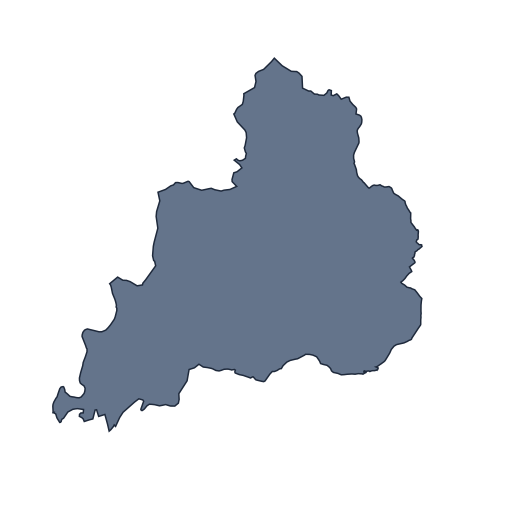 Ususau, Arad, Romania, rotated 280°
{"feature_id": "2599482B12627943031914", "entity_name": "Ususau", "entity_type": "district", "adm_level": 2, "iso_a3": "ROU", "parent_name": "Romania", "parent_adm1": "Arad", "projection": "natural_earth1", "projection_center": [21.862, 46.022], "detail": "fine", "context": "isolated", "style": "filled", "palette": "slate", "viewbox_px": 512, "rotation_deg": 280, "n_neighbors": 0, "source": "geoboundaries", "source_scale": "gbopen_adm2", "svg_char_len": 6039}
<svg xmlns="http://www.w3.org/2000/svg" viewBox="0 0 512 512"><g transform="rotate(280 256 256)"><path d="M334.2,393.7L335.5,393.3L336.0,392.9L337.0,390.7L337.6,389.5L339.9,385.6L340.8,382.8L341.6,381.0L341.9,380.6L344.9,378.6L345.7,378.2L346.3,377.7L346.7,377.1L347.5,374.9L346.7,372.6L346.2,370.7L346.4,369.8L346.6,369.3L346.9,367.6L347.7,365.8L346.7,363.7L346.3,361.8L346.4,360.3L346.3,359.9L345.8,358.9L344.8,357.8L342.7,356.0L342.5,355.5L342.9,354.6L347.0,349.6L347.1,349.0L347.6,348.6L349.4,346.6L349.9,345.4L350.7,344.1L351.7,342.9L352.8,342.0L355.9,340.6L358.6,339.8L363.5,337.0L364.0,336.5L364.4,336.4L365.6,336.7L366.1,336.6L369.1,335.2L372.3,334.6L375.0,334.9L385.2,337.7L386.5,337.6L390.2,336.7L394.1,334.8L395.7,334.2L397.0,333.9L398.3,334.1L399.8,334.7L401.4,335.6L404.4,336.8L405.7,336.9L407.1,336.8L408.7,336.6L410.7,335.8L411.9,335.0L412.7,333.4L413.1,330.8L413.1,330.3L413.2,329.8L417.5,329.6L418.3,329.5L419.2,328.9L419.9,328.2L422.0,325.0L424.8,321.7L428.5,319.9L428.1,317.3L425.2,312.7L428.3,309.5L429.7,307.4L427.3,304.2L427.6,302.1L432.0,301.5L432.4,299.1L431.5,298.2L428.8,297.4L426.0,295.0L425.5,289.9L426.0,288.5L425.6,285.4L428.0,281.3L427.6,279.2L429.4,272.7L440.9,270.1L443.6,266.6L444.7,264.1L444.0,258.7L447.9,248.7L454.0,239.7L450.1,237.5L441.1,231.1L438.2,226.4L435.8,224.2L433.7,223.7L427.8,225.7L421.6,225.3L413.7,215.8L412.2,216.2L406.0,216.6L402.9,216.2L399.1,212.4L397.0,211.4L392.9,210.3L392.0,209.5L384.8,214.3L378.1,223.2L375.8,224.9L370.8,226.2L363.0,226.1L360.4,225.7L356.7,227.5L355.3,228.7L352.6,228.5L350.3,228.6L347.9,226.0L346.9,223.4L347.2,221.7L348.3,219.8L346.6,217.9L343.2,224.0L340.3,226.8L335.6,222.6L334.1,219.7L327.2,219.1L325.1,219.6L321.2,224.9L317.0,218.8L315.3,213.1L313.9,210.4L314.1,203.9L314.9,200.2L314.3,198.5L311.3,191.1L312.5,182.8L317.6,177.3L317.8,176.1L314.8,171.4L314.6,170.2L314.8,166.3L314.3,164.0L311.7,162.4L310.3,159.9L305.8,155.3L301.8,148.4L293.6,151.7L282.5,150.4L277.6,150.8L266.3,154.5L251.9,153.3L247.8,153.2L238.3,154.1L233.8,156.0L233.2,157.1L228.9,158.9L213.5,151.5L209.6,149.3L207.8,149.2L206.0,144.1L208.9,136.5L209.5,132.7L209.0,129.1L211.2,123.4L203.3,116.7L202.2,117.8L200.3,118.8L194.2,121.2L188.8,124.6L186.0,126.0L183.3,127.1L181.5,127.1L180.4,128.0L178.1,128.4L171.5,127.9L169.0,127.4L163.0,124.7L159.5,122.7L156.9,120.9L154.6,117.3L154.1,114.6L154.5,108.9L154.7,105.5L154.9,102.7L154.3,101.5L153.2,100.0L150.8,98.8L148.1,98.5L146.5,98.7L138.0,103.9L136.0,104.9L135.2,105.7L132.4,106.2L127.4,105.5L121.1,104.3L117.9,104.4L110.9,103.6L105.2,103.3L102.8,103.8L100.5,104.9L99.5,106.4L98.2,109.2L96.0,110.7L93.2,110.9L90.8,110.6L86.8,108.3L85.6,106.4L85.4,104.2L85.4,103.2L85.5,101.2L85.4,99.2L85.5,97.1L87.3,94.4L88.9,91.6L91.3,90.8L93.6,89.4L93.9,88.7L93.1,86.8L91.2,85.8L85.5,84.9L82.9,84.6L81.1,83.7L77.1,82.3L74.7,81.9L72.8,82.0L67.5,83.2L66.4,83.2L66.4,84.0L66.8,84.1L66.9,84.3L66.4,84.2L65.7,86.2L62.7,87.7L61.6,88.4L59.5,90.3L58.0,91.6L58.3,92.4L59.3,92.9L60.5,92.9L61.8,93.4L62.7,94.6L69.7,97.8L73.2,102.2L74.1,104.7L74.7,106.8L74.9,112.8L71.5,113.1L71.0,110.8L69.5,109.7L67.4,109.9L66.6,112.5L65.6,114.1L63.2,115.6L65.7,120.3L67.2,123.6L76.4,124.3L76.9,125.7L70.7,128.9L73.7,134.7L64.6,139.0L58.0,141.8L59.6,143.1L63.5,145.3L65.0,145.7L63.8,147.3L73.3,149.8L79.0,152.2L91.1,161.8L95.0,165.4L94.6,169.5L93.5,170.6L85.0,169.2L84.0,169.9L84.1,170.9L85.9,172.6L89.5,174.6L91.5,176.7L91.8,179.1L92.0,182.0L91.7,187.0L92.6,189.4L94.0,192.8L93.4,197.7L94.1,202.1L97.6,205.1L101.4,205.2L107.0,203.9L121.1,209.8L132.6,209.8L135.2,214.8L139.5,218.6L137.5,223.3L137.7,227.6L137.6,231.5L137.3,233.2L136.3,236.4L136.4,239.6L137.4,241.7L138.9,244.2L139.6,247.1L139.8,248.5L139.7,250.0L139.7,250.9L139.5,251.7L140.5,254.4L140.0,255.5L139.0,255.3L138.1,255.3L137.2,255.8L136.6,258.6L136.3,260.2L136.2,264.3L136.0,265.3L135.3,269.7L134.9,271.8L136.5,273.8L136.4,274.4L134.1,277.2L133.9,278.6L133.6,283.5L133.6,285.4L134.5,286.6L142.0,290.1L145.1,292.1L145.4,294.1L146.9,296.6L149.0,298.9L149.5,300.5L152.7,301.7L156.9,304.8L159.1,307.8L161.2,312.6L162.0,314.8L166.9,321.1L167.8,321.9L168.4,325.8L168.3,329.2L167.3,333.2L165.7,334.8L163.5,336.9L161.3,338.3L160.9,341.2L160.7,344.9L159.5,347.1L158.1,349.0L156.0,350.3L154.8,352.4L154.6,357.1L153.8,360.6L154.5,363.5L155.4,366.4L156.5,371.0L156.8,374.1L157.9,377.1L158.4,381.5L158.2,381.8L158.5,382.3L159.2,382.9L160.4,384.6L160.7,384.6L160.8,384.4L160.9,383.5L160.1,382.6L160.7,382.3L161.3,382.3L161.7,382.6L161.7,383.0L161.4,384.2L161.5,384.5L162.3,386.5L162.3,387.4L162.0,387.9L162.0,388.2L162.7,389.2L163.3,390.6L163.7,392.7L164.2,393.8L164.7,394.5L164.5,395.0L165.1,395.3L165.2,395.5L166.9,395.8L167.1,395.4L167.5,393.8L167.6,393.4L167.9,394.0L168.7,395.1L170.7,397.0L171.7,398.1L172.8,399.1L174.0,400.3L175.2,401.2L176.6,401.8L182.5,404.1L183.9,404.6L187.5,405.5L191.2,407.6L192.9,409.5L193.3,410.1L196.1,416.8L198.2,419.9L199.6,421.5L200.0,422.4L200.8,423.4L201.5,423.7L202.4,423.8L203.5,424.3L211.4,427.7L212.6,428.2L216.5,430.0L217.3,430.1L221.8,429.3L224.4,429.1L225.8,428.7L228.0,428.6L230.5,428.0L236.5,427.0L240.4,426.7L242.9,426.7L244.6,424.4L247.5,421.4L250.3,418.2L250.8,415.2L251.4,413.8L251.3,412.9L251.5,410.1L253.2,407.4L254.4,404.3L255.4,403.2L257.2,404.9L259.7,406.6L262.7,408.0L265.5,409.8L267.7,412.1L268.9,411.4L271.9,409.0L276.9,413.6L277.5,413.7L277.9,413.5L279.4,412.4L280.9,410.4L281.2,410.4L281.6,410.7L282.1,411.5L282.4,411.7L282.9,411.7L283.6,412.0L283.9,412.0L285.1,411.8L285.8,412.1L286.9,411.9L287.7,412.0L289.3,413.7L290.6,414.5L291.0,415.2L294.2,417.8L294.9,417.4L295.6,417.3L295.8,416.6L295.5,415.2L295.6,414.4L296.5,413.2L296.9,412.3L297.8,411.3L298.2,411.4L299.6,411.5L299.9,411.6L300.3,412.3L300.6,412.5L300.9,412.6L303.1,412.4L304.8,412.0L308.2,411.7L309.2,411.3L309.8,410.9L309.9,410.6L309.8,410.4L309.2,410.2L309.2,409.8L311.7,407.2L312.1,407.0L312.6,406.4L315.8,402.9L316.1,402.7L316.4,402.5L317.2,402.6L319.5,401.8L325.3,400.9L325.6,400.3L328.0,398.2L329.5,396.7L331.1,395.7L332.3,394.7L334.2,393.7Z" fill="#64748b" stroke="#1e293b" stroke-width="1.5"/></g></svg>